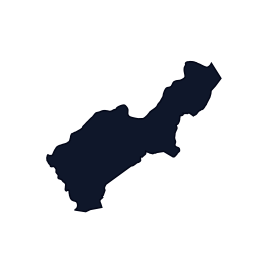 Moreau, Micoud, Saint Lucia, rotated 300°
{"feature_id": "8701671B80425002261515", "entity_name": "Moreau", "entity_type": "district", "adm_level": 2, "iso_a3": "LCA", "parent_name": "Saint Lucia", "parent_adm1": "Micoud", "projection": "mercator", "projection_center": [-60.943, 13.828], "detail": "fine", "context": "isolated", "style": "filled", "palette": "ink", "viewbox_px": 256, "rotation_deg": 300, "n_neighbors": 0, "source": "geoboundaries", "source_scale": "gbopen_adm2", "svg_char_len": 5783}
<svg xmlns="http://www.w3.org/2000/svg" viewBox="0 0 256 256"><g transform="rotate(300 128 128)"><path d="M46.2,144.9L47.5,143.5L48.5,142.4L50.0,140.5L51.6,139.7L52.6,139.9L53.3,140.2L55.2,140.8L56.3,139.3L57.3,140.1L58.3,139.9L62.6,139.1L63.7,137.8L64.9,137.2L66.7,137.0L68.4,137.0L96.6,149.5L97.9,151.0L98.9,151.6L99.4,151.7L100.5,152.3L102.2,152.9L102.9,153.5L103.7,154.3L104.9,154.9L105.6,155.1L106.3,155.0L107.2,154.3L108.8,153.5L109.4,153.3L109.7,153.9L109.9,154.7L110.9,155.0L112.0,155.4L112.7,155.6L113.4,155.9L114.2,156.1L115.0,155.9L115.8,155.5L116.3,155.1L116.8,154.9L116.8,155.7L116.9,156.3L117.0,157.0L117.3,158.0L117.3,159.4L118.0,161.5L118.0,161.9L118.4,162.5L119.1,162.8L120.2,164.4L121.3,165.1L125.7,170.6L125.6,181.5L126.2,182.3L126.4,182.5L126.7,182.6L129.6,183.3L130.2,183.3L130.6,183.2L130.9,183.3L131.6,183.5L132.5,183.7L133.2,184.0L133.4,184.0L133.9,184.0L134.8,183.5L135.6,182.8L135.8,182.5L135.9,182.2L136.0,181.9L136.0,181.4L135.7,179.4L135.7,178.9L135.8,178.6L135.9,178.1L136.0,177.8L136.2,177.5L136.9,176.9L137.2,176.8L138.6,176.4L139.4,176.2L140.1,175.8L140.8,175.1L141.4,174.3L141.9,173.8L142.3,173.5L143.1,172.9L144.0,172.6L145.4,172.0L147.1,171.2L147.5,171.1L149.0,170.9L150.0,170.8L151.2,170.7L152.2,170.5L152.5,170.3L152.7,170.2L152.9,170.0L154.1,168.7L154.7,168.2L155.0,168.2L155.1,168.3L156.3,169.0L156.7,169.1L157.5,169.1L159.5,168.9L160.2,168.7L160.7,168.5L161.3,168.3L162.2,167.8L162.9,167.6L163.2,167.5L164.1,166.9L164.4,166.9L164.7,167.1L165.9,168.4L166.4,168.8L166.8,168.9L167.7,168.9L167.9,168.9L168.2,168.8L168.4,168.6L168.5,169.0L168.8,169.7L169.2,170.2L169.9,171.0L170.0,171.6L170.1,172.0L170.3,172.1L171.3,172.9L171.4,173.1L171.7,173.5L171.7,173.9L171.7,174.4L171.5,176.0L171.4,177.3L171.2,178.5L171.9,178.8L173.0,179.6L174.0,180.1L175.0,180.3L176.7,180.5L177.6,180.7L178.3,180.9L178.7,181.2L179.5,181.7L179.8,181.8L180.3,181.8L180.5,182.1L181.0,182.7L181.7,183.2L182.2,183.4L182.7,183.5L183.5,183.6L184.5,183.7L185.0,183.6L185.5,183.7L186.5,183.8L187.7,183.9L188.1,183.8L189.0,183.7L195.6,183.4L199.0,182.5L202.0,181.2L208.1,182.5L217.4,183.6L225.7,167.9L225.0,167.9L224.0,168.0L222.3,167.6L221.2,167.1L220.1,166.3L220.0,166.0L219.7,165.5L219.6,164.9L219.3,163.5L219.1,161.1L219.0,158.7L218.8,157.1L218.6,156.3L218.6,155.6L218.6,154.6L218.3,153.4L218.2,152.6L217.9,151.6L217.5,150.6L216.9,149.4L216.2,148.2L215.8,147.8L215.1,146.7L214.6,146.1L214.1,145.8L213.6,145.5L213.3,145.5L212.8,145.5L212.5,145.7L211.7,146.4L210.8,146.5L208.8,146.6L208.4,146.7L207.9,146.9L206.7,147.5L205.9,148.0L205.1,148.6L204.3,149.3L203.7,149.8L202.6,150.8L201.3,151.7L200.4,152.0L199.7,151.9L199.2,151.8L198.4,151.4L197.1,150.7L196.5,150.3L195.5,149.5L195.0,149.0L193.9,147.5L193.2,146.6L192.8,146.1L191.5,145.1L190.9,144.7L189.6,144.5L187.7,144.7L186.3,144.7L185.8,144.7L185.2,144.5L184.5,144.0L184.0,143.6L183.7,143.3L182.9,142.3L182.5,141.9L182.0,141.5L181.6,141.3L181.1,141.2L180.3,141.1L178.2,141.2L175.5,141.7L173.1,142.6L172.3,142.7L169.7,142.7L168.6,142.7L167.8,142.8L166.7,142.7L164.1,142.2L163.1,142.2L161.6,142.3L160.8,142.3L159.8,142.0L158.8,141.7L155.9,140.4L154.9,139.9L153.6,139.4L152.6,139.0L151.7,139.0L149.4,138.6L148.6,138.5L145.5,137.5L144.9,137.2L144.0,136.7L143.4,136.1L141.2,132.6L140.9,131.9L140.2,130.1L139.2,127.0L138.7,125.0L138.6,124.2L138.6,123.5L138.6,123.0L138.8,122.4L139.1,121.8L139.6,121.1L140.3,120.5L143.6,118.8L144.0,118.4L144.4,118.0L144.6,117.7L145.2,116.7L145.7,115.3L145.9,114.6L146.0,114.0L146.0,113.6L145.8,113.1L145.5,112.5L144.4,111.3L143.5,110.5L142.2,109.5L140.7,108.6L140.2,108.4L139.8,108.3L138.7,108.3L138.4,108.2L138.1,108.1L137.8,107.9L136.7,106.7L134.5,105.4L134.1,105.1L133.7,104.6L133.1,103.8L132.5,101.8L131.9,100.4L131.6,99.6L130.9,98.4L130.3,97.7L129.9,97.2L128.5,96.1L127.6,95.4L126.5,94.3L125.9,93.6L125.5,93.2L125.0,92.8L124.4,92.6L123.3,92.3L122.3,92.2L121.4,92.1L120.6,91.9L119.9,91.9L118.5,91.3L116.3,90.7L116.2,90.6L114.6,90.3L112.3,89.6L109.1,88.9L107.4,88.4L106.6,88.3L105.3,88.6L104.4,88.3L102.8,87.6L100.3,86.1L98.1,84.8L97.7,84.3L97.4,84.1L97.2,84.2L96.8,83.9L96.8,83.7L96.6,83.6L96.3,83.4L95.5,82.9L95.0,82.5L94.6,82.2L93.8,82.3L92.3,82.5L92.1,82.6L91.0,83.1L89.8,83.4L88.8,83.7L88.0,83.9L87.4,83.9L86.9,83.9L86.1,83.6L85.8,83.5L85.7,83.4L85.6,83.5L85.3,83.3L84.9,83.1L83.5,82.1L82.7,81.4L81.0,79.7L79.4,78.4L79.0,77.9L78.0,77.1L77.3,76.6L75.8,75.9L75.0,75.8L73.8,75.8L73.6,75.8L72.9,75.7L70.4,75.8L70.0,75.9L68.7,76.0L67.3,76.2L67.0,76.2L66.8,76.1L66.5,76.0L66.4,75.9L66.1,75.8L65.9,75.6L64.8,73.9L64.8,73.7L64.7,72.1L64.0,72.0L61.6,72.7L59.3,74.3L59.3,74.7L59.1,75.1L59.0,75.3L58.2,76.3L57.6,77.5L57.5,78.0L57.4,78.5L57.3,78.9L56.3,79.9L56.2,80.0L56.1,80.3L56.2,80.7L56.3,81.1L57.0,81.9L57.1,82.2L57.4,82.5L57.6,82.8L57.6,83.8L57.2,84.9L56.8,85.7L56.6,86.1L56.4,86.3L56.0,86.7L55.3,87.1L55.2,87.1L54.8,87.3L54.7,87.4L54.4,87.5L53.8,87.8L53.7,88.0L53.2,89.0L52.6,90.8L52.4,91.0L51.9,91.5L51.6,91.7L51.4,91.7L50.0,92.3L49.7,92.7L49.6,93.3L49.6,93.6L49.9,94.5L50.1,95.7L50.1,96.2L50.0,96.6L49.9,97.2L49.5,98.0L49.3,98.3L49.2,98.7L49.1,99.9L49.1,100.3L48.7,101.3L48.5,101.7L48.5,101.8L48.0,102.3L47.3,102.7L45.9,103.3L44.9,103.8L43.9,104.2L43.5,104.5L43.4,104.5L43.1,104.7L43.0,104.9L42.8,105.3L42.8,105.6L42.7,105.7L42.7,106.0L42.9,106.1L43.5,106.5L43.8,106.7L44.0,106.7L44.4,107.1L44.4,107.5L44.2,108.1L44.1,108.3L44.0,108.6L43.8,108.7L43.7,108.9L43.2,109.1L42.1,109.8L41.9,110.1L40.4,111.2L39.9,111.8L38.8,113.0L38.3,113.7L38.1,114.2L37.8,115.0L37.7,115.6L37.8,116.9L38.3,118.9L38.4,119.4L38.4,119.5L38.4,120.2L38.4,120.4L38.0,121.1L37.4,121.9L36.7,122.5L36.1,123.0L35.5,123.3L34.1,123.8L33.7,123.8L32.8,123.8L32.7,123.8L32.3,123.7L31.4,123.4L30.9,123.0L30.6,123.0L30.4,122.8L30.4,122.7L34.5,133.2L38.7,136.1L46.2,144.9Z" fill="#0f172a" stroke="#020617" stroke-width="1.5"/></g></svg>